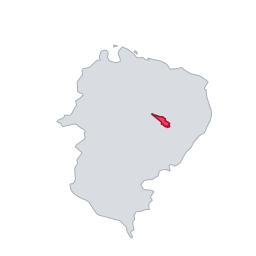 location of Soutr Nikom, Siemréab, Cambodia, rotated 129°
{"feature_id": "14789045B2635302859589", "entity_name": "Soutr Nikom", "entity_type": "district", "adm_level": 2, "iso_a3": "KHM", "parent_name": "Cambodia", "parent_adm1": "Siemréab", "projection": "orthographic", "projection_center": [104.128, 13.174], "detail": "fine", "context": "in_parent", "style": "filled", "palette": "rose", "viewbox_px": 256, "rotation_deg": 129, "n_neighbors": 0, "source": "geoboundaries", "source_scale": "gbopen_adm2", "svg_char_len": 4735}
<svg xmlns="http://www.w3.org/2000/svg" viewBox="0 0 256 256"><g transform="rotate(129 128 128)"><path d="M210.9,55.6L211.4,57.4L210.1,60.9L208.7,64.1L206.0,66.9L205.9,69.0L205.0,75.1L205.4,77.0L206.1,78.6L207.0,79.5L209.4,85.4L211.7,90.8L213.9,95.3L214.3,98.1L212.4,105.2L210.2,111.8L210.5,115.1L211.5,118.3L212.6,122.7L213.0,128.2L212.5,131.9L211.5,134.1L209.6,136.5L207.9,137.7L205.8,135.7L204.1,135.7L201.9,136.3L200.2,137.2L196.7,140.7L192.8,144.0L187.3,144.9L185.2,147.4L183.0,147.8L178.6,147.9L175.8,148.5L176.0,149.8L175.8,155.6L175.9,156.9L175.4,157.3L173.5,157.5L170.2,156.6L165.7,155.2L162.5,155.0L160.9,157.6L159.9,158.6L158.7,158.7L157.4,159.2L157.0,160.3L156.9,161.7L157.6,164.2L157.8,168.0L157.7,170.6L158.8,172.3L165.7,177.8L167.8,179.2L168.0,180.0L166.8,183.1L167.9,187.3L165.8,187.2L162.2,185.4L160.4,184.3L158.4,185.2L157.7,185.1L156.2,183.0L154.4,180.9L152.5,180.7L148.5,181.6L144.4,182.2L142.9,182.2L142.2,182.6L139.9,185.8L138.9,185.3L134.8,184.1L131.0,183.6L130.2,184.4L130.7,187.0L131.5,189.6L131.1,190.7L129.0,192.0L126.3,194.4L124.6,196.3L123.5,196.7L119.3,196.7L115.2,196.9L113.5,198.7L112.0,200.1L110.6,200.4L105.2,196.1L94.5,194.6L93.3,192.6L92.3,192.3L91.3,194.8L85.4,197.2L82.9,195.7L81.1,193.9L81.4,191.8L83.1,190.0L86.0,188.8L87.4,184.4L85.1,178.7L83.2,177.1L81.1,175.8L79.0,177.9L77.1,181.4L75.2,183.3L72.5,183.7L68.6,183.5L67.1,178.2L66.6,173.5L67.2,168.3L67.8,165.2L64.0,160.9L63.8,156.8L62.0,154.6L61.4,155.7L61.5,156.9L61.0,156.0L55.1,144.0L54.1,138.4L55.1,134.1L55.8,132.7L54.0,130.4L51.6,127.8L47.4,124.5L47.2,119.1L46.2,112.9L45.0,110.7L43.1,106.9L42.0,103.7L41.7,95.2L42.3,94.5L45.3,94.3L49.1,93.7L49.8,92.4L49.1,91.2L51.6,89.3L55.1,85.2L57.9,80.8L59.9,78.0L61.1,75.3L65.1,71.4L70.5,68.7L74.3,68.1L78.1,67.2L81.8,65.9L83.6,65.8L88.2,67.4L90.7,67.8L93.3,67.8L96.0,67.9L98.4,67.8L104.0,66.7L110.0,67.6L115.3,66.9L121.9,65.6L125.2,66.4L128.1,67.6L128.6,70.2L129.2,71.4L130.2,72.3L131.6,72.3L133.2,70.5L134.6,68.6L135.1,68.3L135.2,69.2L135.9,71.2L137.1,73.2L138.4,74.5L140.6,76.2L141.9,76.3L146.5,74.6L153.2,76.9L154.0,78.1L156.3,80.6L158.7,82.3L163.9,82.4L165.8,78.1L164.9,75.4L161.8,70.9L161.0,68.2L161.9,67.7L167.0,67.2L167.8,66.7L168.9,63.7L170.3,64.0L173.2,64.4L176.1,62.3L177.9,60.2L178.9,61.1L179.9,62.6L181.1,63.5L183.3,64.7L185.6,66.5L187.1,68.3L188.3,68.9L191.3,68.4L192.2,68.5L193.9,66.3L195.1,65.1L196.2,65.5L197.7,65.4L200.8,62.6L202.6,60.1L203.6,59.4L206.4,60.6L207.5,60.4L209.1,56.9L210.9,55.6ZM65.1,171.1L64.5,171.4L64.0,171.4L63.4,170.9L63.5,168.9L63.9,167.8L64.8,167.5L65.1,171.1ZM74.0,190.1L72.8,191.4L70.9,188.7L70.9,188.0L74.0,190.1Z" fill="#d9dde1" stroke="#a8b0b8" stroke-width="1"/><path d="M98.3,98.5L98.3,98.9L98.3,99.1L98.3,99.4L98.3,99.6L98.3,99.9L98.3,100.0L98.3,100.4L98.3,100.5L98.3,100.8L98.5,101.0L98.6,101.3L98.6,101.5L98.6,101.8L98.6,102.1L98.6,102.3L98.6,102.5L98.7,102.8L98.8,102.8L99.0,102.8L99.1,103.0L99.1,103.3L99.0,103.5L98.9,103.7L98.8,103.8L98.7,103.9L98.5,104.0L98.3,104.0L98.2,104.0L97.9,104.2L97.9,104.3L97.7,104.5L97.6,104.8L97.5,105.0L97.4,105.0L97.5,105.3L97.5,106.2L97.5,107.6L97.5,107.8L97.5,108.0L97.7,108.3L97.8,108.4L97.8,108.5L98.0,108.7L98.1,108.8L98.2,109.0L98.3,109.0L98.5,109.3L98.6,109.5L98.8,109.7L98.8,109.8L98.9,110.0L99.0,110.1L99.1,110.3L99.2,110.5L99.3,110.6L99.3,110.8L99.4,111.0L99.5,111.0L99.6,111.3L99.7,111.5L99.8,111.8L99.9,112.0L99.9,112.3L100.0,112.3L100.0,112.5L100.1,112.8L100.2,113.0L100.3,113.3L100.3,113.5L100.4,113.8L100.5,114.0L100.5,114.3L100.6,114.5L100.7,114.8L100.8,114.9L100.8,115.0L101.0,115.2L101.3,115.3L101.5,115.5L101.6,115.8L101.6,116.0L101.7,116.3L101.8,116.3L101.7,116.5L101.6,116.8L101.5,117.0L101.6,117.3L101.6,117.5L101.7,117.8L101.8,117.9L101.9,118.1L102.0,118.2L102.1,118.3L102.2,118.5L102.3,118.7L102.3,118.0L102.3,116.8L102.3,113.5L102.3,112.0L102.3,108.7L102.3,107.8L102.3,106.0L103.0,105.1L103.9,104.4L103.8,104.2L103.7,104.2L103.5,103.9L103.4,103.7L103.2,103.5L103.2,103.4L103.3,103.3L103.3,103.2L103.3,102.9L103.4,102.7L103.5,102.5L103.5,102.4L103.4,102.4L103.5,102.3L103.5,102.0L103.5,101.9L103.5,101.7L103.5,101.4L103.5,101.2L103.5,100.8L103.5,100.6L103.5,100.4L103.5,100.2L103.5,99.9L103.5,99.7L103.4,99.7L103.2,99.7L102.9,99.7L102.7,99.7L102.4,99.7L102.3,99.4L102.2,99.1L102.2,98.8L102.2,98.7L102.3,98.4L102.5,98.2L102.8,97.9L102.7,97.7L102.4,97.5L102.3,97.4L102.2,97.4L102.0,97.5L101.9,97.5L101.8,97.4L101.7,97.4L101.4,97.4L101.3,97.5L101.3,97.4L101.2,97.4L100.9,97.3L100.9,97.2L100.8,97.3L100.7,97.3L100.7,97.2L100.6,96.9L100.5,96.7L100.4,96.7L100.4,96.8L100.4,97.0L100.2,97.3L100.0,97.5L100.1,97.8L100.1,98.0L100.0,98.3L99.9,98.4L99.8,98.5L99.7,98.6L99.4,98.6L99.2,98.4L98.9,98.3L98.7,98.4L98.6,98.5L98.4,98.5L98.3,98.5Z" fill="#f43f5e" stroke="#9f1239" stroke-width="1.5"/></g></svg>